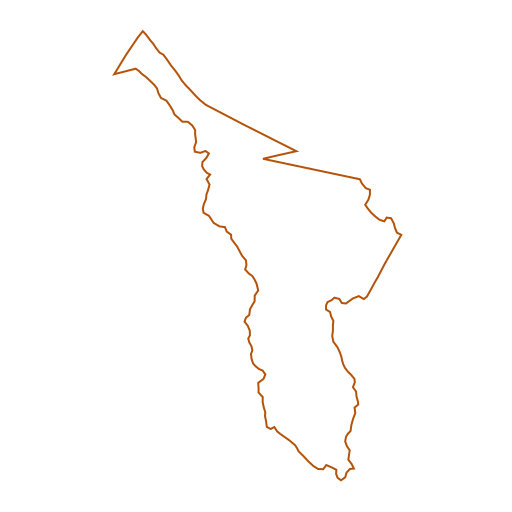 Miguel Pereira, Rio de Janeiro, Brazil (Mercator projection), rotated 91°
{"feature_id": "56859067B27142515072049", "entity_name": "Miguel Pereira", "entity_type": "district", "adm_level": 2, "iso_a3": "BRA", "parent_name": "Brazil", "parent_adm1": "Rio de Janeiro", "projection": "mercator", "projection_center": [-43.464, -22.53], "detail": "fine", "context": "isolated", "style": "outline", "palette": "amber", "viewbox_px": 512, "rotation_deg": 91, "n_neighbors": 0, "source": "geoboundaries", "source_scale": "gbopen_adm2", "svg_char_len": 2740}
<svg xmlns="http://www.w3.org/2000/svg" viewBox="0 0 512 512"><g transform="rotate(91 256 256)"><path d="M468.0,185.1L463.8,182.1L466.2,176.3L468.4,171.9L472.4,172.1L476.3,170.6L478.8,167.1L475.7,162.9L471.0,161.7L467.3,158.4L466.8,154.4L462.4,156.7L458.1,160.1L452.8,159.5L448.8,158.9L444.3,161.9L439.8,163.6L435.1,162.8L432.1,161.0L429.3,158.4L423.2,157.7L416.9,156.0L411.4,154.0L405.8,154.8L402.8,151.2L399.2,151.7L395.0,153.0L389.8,153.6L385.4,156.8L380.7,155.0L377.2,155.4L373.1,158.9L369.8,162.3L366.4,165.0L362.9,166.8L359.3,168.0L355.2,168.9L350.4,170.7L345.6,173.1L340.3,177.2L334.6,178.4L329.4,177.8L324.1,177.9L319.6,177.5L315.2,179.8L310.7,181.0L308.3,185.0L304.1,185.1L300.8,183.6L298.9,179.8L296.3,176.8L297.5,171.9L301.5,169.4L301.9,165.2L299.1,161.5L296.7,158.3L294.3,152.5L297.2,147.5L294.7,144.4L285.5,139.5L280.1,136.7L275.7,134.2L261.1,126.9L232.3,111.1L230.2,115.5L225.3,117.6L221.1,118.7L215.9,121.6L215.3,126.0L219.1,128.3L217.6,133.2L214.0,137.9L210.8,141.5L206.5,145.1L202.9,147.7L197.7,144.6L192.8,143.2L187.8,143.2L186.2,147.5L181.5,151.5L177.5,153.4L172.4,179.7L158.7,250.7L155.4,237.7L150.5,217.5L140.0,239.3L130.1,259.7L125.7,268.9L124.1,272.1L107.7,304.9L105.6,309.0L101.3,314.5L97.3,318.7L93.9,322.0L90.8,324.9L86.8,329.0L81.7,333.4L77.1,336.3L73.0,339.3L66.6,344.6L61.0,348.5L56.3,352.2L54.4,355.8L50.5,359.1L45.8,362.3L41.8,365.8L36.7,369.7L33.2,373.1L39.4,377.9L54.6,387.8L57.9,389.9L76.7,400.9L70.8,379.5L73.1,376.2L75.9,373.4L79.1,368.9L83.4,364.2L87.0,360.4L90.2,357.9L94.7,356.5L99.6,353.8L102.2,348.3L107.3,344.6L111.7,341.8L115.9,340.0L119.0,336.3L123.0,332.0L123.0,326.5L126.5,322.1L131.2,319.0L135.5,319.0L139.7,318.3L143.3,317.9L148.3,319.6L152.8,319.0L153.8,313.5L151.9,308.3L154.3,304.9L158.9,307.4L163.0,311.2L167.2,311.4L170.5,309.6L173.7,306.6L175.4,303.3L179.9,306.8L185.4,303.7L191.0,305.1L195.3,306.6L200.1,307.0L204.8,309.0L209.7,310.0L213.7,309.2L216.7,303.7L220.0,301.4L223.6,299.0L227.1,292.9L227.6,287.6L232.1,285.7L235.1,281.3L239.2,281.0L243.2,278.0L246.6,275.2L252.2,272.1L256.2,269.8L260.5,266.0L265.2,265.4L269.7,266.6L273.6,262.9L276.1,259.3L279.1,257.3L283.5,255.0L290.4,253.2L295.6,256.6L301.3,256.6L304.9,258.7L309.4,261.1L315.1,261.7L317.9,265.0L321.8,266.3L326.2,262.9L330.9,260.9L335.5,260.7L338.7,262.3L342.7,261.1L346.4,258.9L350.6,258.0L354.0,259.3L358.7,258.7L363.4,257.1L366.1,254.6L368.9,251.2L370.4,247.4L374.2,244.6L378.7,246.3L382.8,251.6L388.5,251.1L392.4,251.1L396.9,246.8L401.9,246.8L407.2,245.6L412.0,244.0L415.9,244.2L421.2,243.0L426.7,242.2L428.7,238.3L426.7,234.7L431.1,231.7L433.6,228.5L439.9,219.2L444.5,213.6L447.3,211.7L450.6,210.0L455.2,205.1L460.7,199.8L465.2,194.7L467.9,190.1L468.0,185.1Z" fill="none" stroke="#b45309" stroke-width="2"/></g></svg>